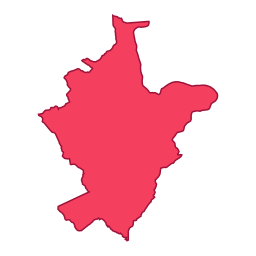 outline of Costa Rica, Mato Grosso do Sul, Brazil
{"feature_id": "56859067B26406840873489", "entity_name": "Costa Rica", "entity_type": "district", "adm_level": 2, "iso_a3": "BRA", "parent_name": "Brazil", "parent_adm1": "Mato Grosso do Sul", "projection": "albers", "projection_center": [-53.227, -18.497], "detail": "fine", "context": "isolated", "style": "filled", "palette": "rose", "viewbox_px": 256, "rotation_deg": 0, "n_neighbors": 0, "source": "geoboundaries", "source_scale": "gbopen_adm2", "svg_char_len": 5714}
<svg xmlns="http://www.w3.org/2000/svg" viewBox="0 0 256 256"><path d="M38.5,114.2L38.6,115.2L40.0,116.1L41.2,116.5L42.2,117.6L42.7,118.6L42.6,120.0L42.3,121.6L42.7,122.1L44.0,122.7L50.3,130.4L51.0,131.0L51.6,131.8L52.3,132.3L53.9,132.5L55.3,133.5L59.1,141.9L59.2,142.6L59.6,143.7L60.4,144.7L60.6,145.5L61.6,146.6L61.3,147.3L61.2,148.2L61.9,150.0L62.0,151.0L62.5,151.6L63.4,152.1L63.4,153.1L62.4,156.1L64.6,158.4L67.8,158.9L69.5,158.7L70.4,164.3L71.2,164.6L73.1,164.2L73.8,164.2L74.8,164.3L75.9,165.0L78.3,167.4L79.3,167.7L79.9,168.0L80.5,168.5L81.2,168.8L82.7,169.8L83.4,170.5L83.3,172.7L84.0,173.6L83.2,174.0L82.8,175.0L83.2,176.1L82.2,177.7L81.5,179.9L81.6,180.6L82.5,183.3L82.5,184.0L83.0,184.5L84.9,185.7L85.4,186.3L85.5,187.4L85.9,188.4L87.0,189.3L87.2,190.2L88.1,191.2L89.1,191.9L58.2,206.4L58.0,209.2L58.7,209.9L59.8,211.4L61.3,212.3L62.7,213.6L63.7,214.9L64.6,217.0L65.0,218.8L65.4,219.6L66.0,220.0L66.8,220.1L68.8,219.7L69.5,219.9L70.1,220.4L71.3,221.9L71.9,222.2L73.0,222.6L73.6,223.1L74.3,224.3L75.0,227.2L76.2,229.0L77.2,230.1L78.2,230.6L79.2,230.8L80.4,230.6L81.3,230.7L88.5,224.9L89.4,224.5L89.9,224.1L90.6,223.3L91.2,222.9L92.7,221.6L93.5,220.3L95.9,219.2L97.2,219.1L98.0,218.4L98.7,218.0L99.4,219.6L101.2,218.8L102.2,218.9L103.0,219.7L103.9,220.3L105.3,222.0L105.8,222.8L106.3,224.6L106.8,225.5L107.9,226.8L108.2,226.0L108.8,226.5L109.5,226.8L110.9,229.2L111.8,229.5L112.5,230.7L113.4,230.9L114.2,231.4L115.0,231.7L115.8,231.8L116.6,232.6L117.4,232.5L118.1,233.2L119.1,233.7L120.0,233.7L120.5,233.2L121.0,234.0L121.8,234.3L122.4,235.0L122.6,236.4L123.1,236.7L124.1,237.4L124.9,237.3L125.7,237.5L126.5,237.4L126.1,238.8L125.3,239.2L126.2,239.9L127.0,240.0L127.0,240.6L127.7,240.5L128.3,240.0L128.3,230.8L128.8,230.0L129.4,228.2L130.6,227.2L132.5,226.1L133.1,224.8L133.5,220.9L134.4,220.5L135.5,220.6L136.4,220.2L136.9,218.9L140.1,216.7L140.9,216.3L141.1,214.8L142.4,212.2L143.5,211.7L144.3,211.1L145.0,209.5L146.9,206.9L147.3,206.0L147.8,205.2L148.3,204.8L148.9,203.9L149.6,203.2L150.1,202.4L150.9,202.0L151.4,200.0L152.6,198.9L153.3,198.6L153.9,197.8L154.6,197.3L154.1,196.5L153.3,196.0L153.5,195.4L153.8,194.7L154.4,194.2L154.6,193.4L154.9,192.9L155.1,192.1L154.1,190.2L154.1,189.5L154.8,189.2L155.2,188.6L155.3,187.8L155.8,187.1L156.5,184.6L156.4,183.8L155.8,183.0L155.4,181.8L155.3,179.9L156.4,179.0L156.8,178.4L158.5,176.7L159.7,174.6L160.0,173.6L160.6,169.1L161.0,168.1L163.3,167.5L164.4,167.3L165.4,167.5L166.2,167.4L166.9,167.1L170.8,164.0L172.5,163.1L173.4,163.1L175.0,160.8L175.9,160.0L179.0,158.1L180.9,156.6L181.3,156.0L181.8,154.9L180.8,154.6L178.5,155.0L177.7,154.6L179.0,151.5L178.2,149.8L177.4,148.5L175.9,147.5L175.2,146.3L175.0,144.4L174.8,143.1L173.9,141.9L173.0,141.1L172.3,140.2L172.9,138.1L174.5,136.5L176.6,133.3L177.2,132.6L178.4,132.2L179.9,131.9L182.2,131.2L183.1,130.8L183.7,129.8L184.4,126.5L185.1,125.4L186.7,123.4L187.8,122.6L190.5,121.0L191.0,119.8L191.2,118.6L191.1,116.7L191.1,115.6L191.8,112.6L192.6,111.8L194.5,111.3L197.2,110.8L200.0,111.2L202.4,110.3L206.9,109.8L208.1,109.5L208.7,109.2L209.6,108.2L211.1,104.2L211.5,103.5L212.0,103.1L215.0,101.2L215.5,100.7L216.7,99.2L217.4,97.3L217.5,96.2L217.4,94.4L217.3,93.7L216.2,92.2L213.7,89.3L211.2,87.5L210.0,86.8L207.3,85.8L205.4,85.3L202.4,85.2L199.3,85.5L196.1,85.5L192.2,86.1L185.9,84.0L183.5,83.0L180.3,82.4L178.9,81.9L176.2,81.8L174.8,81.9L172.4,82.4L169.3,83.8L168.3,84.4L165.3,86.4L163.7,87.8L161.6,88.8L161.1,89.9L160.6,92.1L160.2,93.3L159.5,94.2L158.5,94.5L157.7,94.1L157.1,93.6L155.0,92.7L153.4,92.8L152.4,92.6L150.6,92.8L149.3,92.4L148.4,90.8L146.6,88.8L143.0,85.8L142.7,85.1L142.3,83.3L142.1,80.8L142.3,79.0L142.5,77.6L142.5,76.3L141.3,73.4L141.0,72.3L140.7,70.7L140.5,67.8L140.5,66.7L140.8,65.1L140.7,64.1L138.8,58.5L137.9,54.9L136.4,50.6L136.3,49.6L136.7,47.3L136.6,45.5L135.8,43.4L134.9,40.8L134.8,39.6L134.0,35.7L133.5,32.7L133.6,31.6L134.3,30.0L135.1,29.0L136.4,28.0L137.8,27.1L138.9,26.9L139.6,26.9L140.8,27.2L142.3,27.1L145.3,26.7L146.9,26.2L147.6,25.8L148.3,25.3L148.8,24.0L149.1,22.1L148.9,21.4L126.6,23.1L125.2,22.5L123.2,21.9L122.2,20.4L122.0,19.3L121.2,18.2L120.2,18.5L118.2,17.5L117.2,16.7L114.2,16.1L113.6,15.9L112.8,15.4L113.1,25.1L113.5,26.0L115.3,28.6L115.5,29.5L115.2,31.1L115.2,31.9L115.5,32.7L115.6,35.3L116.0,36.9L115.8,38.8L116.2,39.6L116.6,41.8L116.5,42.8L115.9,43.8L115.3,44.5L113.9,45.1L113.5,45.6L113.1,46.5L112.2,48.4L111.6,49.1L110.9,49.8L110.0,50.5L109.3,50.8L107.1,51.3L106.5,51.9L106.0,52.9L105.5,53.5L104.8,53.7L103.7,55.3L102.8,55.4L102.0,55.8L101.8,56.5L100.7,58.5L100.1,59.2L99.0,60.1L98.1,60.5L96.0,61.7L95.1,61.8L93.2,61.7L91.4,60.9L90.8,60.8L90.0,60.3L89.1,59.5L88.2,58.9L87.6,58.6L86.8,58.4L86.0,58.9L85.3,59.7L83.4,59.5L82.7,59.9L81.9,60.5L82.7,61.5L83.6,61.8L85.4,63.3L86.8,64.1L87.6,64.8L88.4,65.0L89.3,65.5L90.3,66.7L91.2,67.4L92.2,67.8L92.5,68.5L89.5,72.0L88.6,72.4L87.7,72.0L87.1,72.3L85.9,72.4L84.8,72.3L83.9,72.0L82.9,71.0L81.7,70.8L80.8,70.5L79.4,69.1L78.3,68.8L77.2,68.9L75.2,70.0L74.3,70.2L73.7,70.5L72.8,70.8L70.9,71.2L70.2,71.7L69.0,72.0L68.6,72.5L68.0,73.0L67.8,73.6L67.8,74.3L67.2,74.8L66.0,75.5L65.3,75.8L64.6,76.8L64.1,77.8L64.6,78.3L66.1,80.0L66.5,80.6L66.7,81.3L67.4,82.8L67.6,83.7L67.2,84.3L67.5,85.1L68.7,86.9L70.5,88.8L70.6,89.6L70.2,90.5L66.7,94.3L66.7,95.1L67.2,96.2L67.8,97.0L68.1,97.7L68.2,98.7L68.7,99.7L69.6,101.9L68.3,102.6L67.5,103.3L66.0,103.6L65.5,104.4L64.8,105.8L62.6,106.8L61.3,107.6L60.3,107.7L59.1,108.0L58.4,109.1L58.1,108.2L57.6,107.0L57.1,106.5L55.7,106.1L54.9,106.5L54.2,107.3L53.6,107.7L52.0,107.5L50.9,107.6L50.3,109.3L49.7,109.7L48.7,110.0L45.9,110.2L45.0,110.6L44.5,111.4L43.3,112.4L43.1,113.3L42.5,113.6L41.7,113.6L41.1,114.1L40.4,113.9L39.6,114.2L38.5,114.2Z" fill="#f43f5e" stroke="#9f1239" stroke-width="1.5"/></svg>